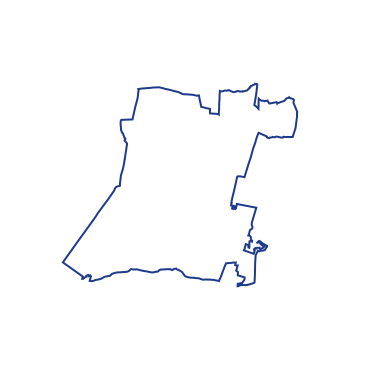 the district of Goiesti, Dolj, Romania, rotated 305°
{"feature_id": "2599482B37441386281384", "entity_name": "Goiesti", "entity_type": "district", "adm_level": 2, "iso_a3": "ROU", "parent_name": "Romania", "parent_adm1": "Dolj", "projection": "orthographic", "projection_center": [23.769, 44.483], "detail": "fine", "context": "isolated", "style": "outline", "palette": "blue", "viewbox_px": 384, "rotation_deg": 305, "n_neighbors": 0, "source": "geoboundaries", "source_scale": "gbopen_adm2", "svg_char_len": 5986}
<svg xmlns="http://www.w3.org/2000/svg" viewBox="0 0 384 384"><g transform="rotate(305 192 192)"><path d="M323.1,224.2L323.6,223.7L325.1,223.1L325.7,222.8L326.0,222.5L326.1,221.8L325.8,220.2L325.1,218.3L325.2,217.5L325.3,217.2L324.5,217.1L322.9,215.7L320.5,215.5L319.4,215.2L318.0,214.2L317.1,213.4L314.6,211.8L314.0,211.2L313.3,211.1L314.1,210.2L314.0,209.6L310.1,205.9L308.8,204.5L308.8,204.4L309.4,203.1L310.2,201.4L308.4,199.8L308.2,199.6L308.3,199.5L307.9,198.6L306.8,196.8L306.6,196.3L306.5,195.5L306.6,193.7L306.7,193.1L298.3,198.7L298.8,196.1L298.9,194.6L298.9,193.3L309.3,188.3L317.2,184.0L317.5,183.8L317.7,183.4L316.8,181.8L316.8,181.7L316.3,181.8L315.8,181.6L315.1,180.9L313.5,180.1L312.9,179.9L312.7,179.5L310.4,179.3L310.6,179.6L310.1,179.6L306.7,178.8L306.3,178.6L305.4,177.6L304.9,177.3L304.0,176.4L303.3,176.0L303.4,175.5L302.8,175.0L302.4,174.4L301.9,173.8L301.6,173.4L301.4,172.3L300.9,171.4L300.5,171.1L298.5,169.8L297.5,168.5L297.4,167.8L296.8,165.6L296.8,164.5L296.6,164.0L296.1,163.6L296.1,163.2L294.9,162.3L294.8,162.1L294.6,161.9L294.2,161.1L293.6,160.4L292.6,159.8L291.6,158.8L290.8,157.4L290.7,156.9L289.5,157.7L287.0,159.1L284.3,161.0L280.9,163.0L276.6,165.9L272.0,168.7L270.9,169.5L270.9,169.4L270.2,167.6L269.7,166.5L268.5,164.8L267.9,163.5L266.7,161.8L267.2,161.3L270.4,159.0L269.4,156.7L268.8,155.6L268.1,153.2L267.0,150.8L270.2,147.4L271.9,145.5L275.1,142.3L274.2,141.4L273.7,140.8L272.8,138.8L272.1,136.9L269.6,132.7L267.0,128.6L266.7,127.3L266.6,126.4L266.4,125.7L266.2,123.9L264.3,119.1L262.2,113.3L261.6,112.2L259.9,107.5L258.8,104.8L258.4,104.3L257.4,103.1L256.8,102.2L255.1,100.0L253.7,98.5L247.5,91.0L245.5,88.9L244.3,90.2L242.7,90.9L238.2,93.4L228.5,97.0L217.3,101.6L210.5,92.7L209.1,93.0L208.1,93.6L206.1,95.0L203.2,97.5L202.3,98.1L201.3,99.6L200.8,100.1L200.5,100.6L200.3,101.2L200.3,101.9L200.0,102.5L199.3,103.2L198.3,104.9L197.8,105.3L197.6,106.0L197.6,106.7L197.4,107.0L197.1,107.1L195.5,107.2L194.8,110.2L194.2,111.2L177.8,119.3L174.3,120.9L171.4,122.1L165.0,124.2L158.0,127.9L155.7,129.4L153.7,127.6L152.2,126.9L151.1,126.8L148.6,127.4L136.1,127.5L135.6,127.4L132.4,127.3L120.1,127.0L117.5,127.2L112.0,127.2L77.4,126.7L74.6,126.8L73.7,126.7L60.3,126.6L60.1,151.0L57.9,151.9L58.5,152.7L59.9,153.0L61.5,153.6L61.6,153.8L62.0,153.9L62.7,153.5L63.8,154.1L64.5,154.5L64.6,154.8L64.6,155.2L64.1,155.5L64.4,155.6L64.9,156.1L64.5,156.2L64.4,156.5L64.9,157.7L60.5,159.2L61.0,160.3L61.6,161.2L62.0,161.7L64.4,163.3L65.0,163.8L66.1,165.0L66.9,165.8L69.0,167.4L70.0,168.0L71.6,168.6L72.2,168.9L74.5,171.0L76.0,172.7L76.6,172.9L79.0,173.4L82.0,175.6L83.4,177.1L85.3,179.6L86.8,181.3L88.0,183.0L89.1,184.2L89.8,184.8L90.7,185.4L92.1,185.9L92.9,185.9L93.8,186.2L94.1,186.6L94.3,187.1L94.8,188.3L96.1,190.1L96.6,190.6L97.2,191.5L98.0,193.9L99.5,197.4L99.7,198.1L100.6,199.6L102.4,203.8L103.4,205.8L105.9,208.2L106.5,208.7L106.8,209.0L107.1,209.6L107.4,209.8L108.8,209.9L109.4,210.3L110.1,210.4L110.3,210.7L114.6,216.0L115.6,217.6L116.4,218.5L116.5,220.3L116.7,220.6L117.0,220.8L118.5,221.3L118.8,221.5L120.1,223.0L119.9,223.2L120.0,224.2L120.1,224.6L120.3,224.9L120.4,226.1L120.6,226.6L120.7,228.2L120.7,229.8L120.1,231.6L119.8,232.6L119.6,232.9L119.2,234.1L119.2,235.1L119.6,237.0L121.1,240.0L121.2,240.4L122.7,242.4L122.7,242.7L123.1,243.5L125.2,247.1L125.6,248.3L125.6,248.9L126.5,251.4L128.8,254.2L129.3,255.3L130.3,256.5L131.5,258.7L132.1,259.5L133.0,261.5L133.6,263.0L134.4,264.4L134.5,265.2L137.0,264.6L137.8,264.6L149.2,261.6L153.1,260.8L153.2,261.0L155.0,263.0L156.8,265.2L157.8,266.2L159.3,268.3L156.9,269.3L157.4,270.8L158.0,271.6L152.9,273.3L152.7,275.6L150.0,277.3L152.2,284.1L151.8,284.5L151.3,284.8L150.2,285.2L146.0,285.3L145.7,284.7L145.1,285.0L144.6,283.7L144.4,283.5L143.7,283.4L143.5,283.1L143.3,282.2L143.0,282.1L142.3,282.6L140.9,283.4L141.1,283.7L143.2,284.9L144.2,286.0L145.0,287.1L145.6,287.8L146.1,289.0L147.1,290.0L147.7,290.8L150.8,293.2L151.5,293.8L152.4,294.4L153.1,294.9L153.7,295.1L154.1,294.9L160.6,290.8L169.4,284.9L175.7,281.0L176.4,280.6L176.9,280.4L181.5,279.7L182.3,281.5L182.7,281.6L183.5,282.1L184.1,282.9L184.4,283.5L184.8,283.9L185.3,284.1L185.7,284.5L185.9,284.8L186.1,284.9L187.3,284.9L189.3,284.7L190.1,284.9L191.0,284.4L190.6,282.4L190.6,281.4L190.4,280.3L190.5,277.6L190.7,276.8L190.6,275.3L190.5,275.1L189.2,274.6L188.0,274.4L187.9,274.6L188.4,274.9L189.0,275.7L189.2,276.1L189.3,276.8L190.0,277.7L189.7,277.9L189.4,277.9L189.0,277.8L188.7,278.0L188.4,281.5L188.5,281.8L188.7,282.3L188.7,282.5L187.7,282.5L186.4,281.9L185.7,281.4L184.4,280.2L184.2,279.9L184.4,279.6L185.0,279.2L183.5,277.2L182.3,276.0L181.9,276.2L181.7,276.1L181.7,276.4L181.3,276.0L180.6,275.6L179.8,276.5L180.0,276.8L179.9,277.0L178.9,277.5L178.4,277.5L176.8,278.0L174.0,268.0L176.0,267.6L176.8,267.2L180.1,266.0L180.9,268.7L178.9,270.1L179.2,270.9L180.4,270.3L180.4,269.9L181.7,269.3L182.4,268.7L184.6,267.4L184.9,267.6L185.1,267.8L185.4,268.7L185.7,269.3L185.7,269.6L186.5,269.4L186.7,268.1L187.4,267.1L188.0,266.5L188.5,266.3L188.8,266.0L189.2,265.1L189.3,264.6L189.2,264.2L188.7,263.1L190.3,262.9L192.1,262.0L194.3,261.3L196.2,262.2L196.8,262.1L197.8,261.7L198.4,261.3L198.9,260.5L199.0,260.2L199.5,259.6L201.2,258.6L216.0,253.7L207.9,235.6L203.9,237.4L203.7,237.1L204.8,236.6L204.6,236.2L202.8,237.0L202.5,236.4L204.8,235.4L204.6,234.8L203.6,235.2L203.4,234.6L204.5,234.1L204.3,233.6L201.5,234.8L201.4,234.4L204.1,233.3L203.4,231.7L205.8,230.7L205.7,230.4L210.7,228.2L218.3,225.3L230.5,220.2L231.4,220.9L232.5,222.6L233.4,224.5L234.2,226.5L248.4,221.9L252.7,220.7L262.8,217.1L268.5,215.6L273.0,214.0L276.7,213.0L278.7,212.6L280.4,221.5L279.8,221.9L280.0,223.9L280.3,224.3L281.0,224.5L283.0,226.3L283.4,226.5L283.6,227.1L284.1,228.2L284.3,228.4L285.2,228.9L285.7,229.2L286.0,229.7L287.1,232.1L287.5,233.4L288.0,234.2L288.6,235.0L288.7,234.9L289.8,235.3L289.9,235.8L290.8,237.2L294.8,242.9L303.6,240.2L313.6,235.0L314.6,234.4L317.1,232.6L317.5,232.4L317.9,232.4L323.1,224.2Z" fill="none" stroke="#1e3a8a" stroke-width="2"/></g></svg>